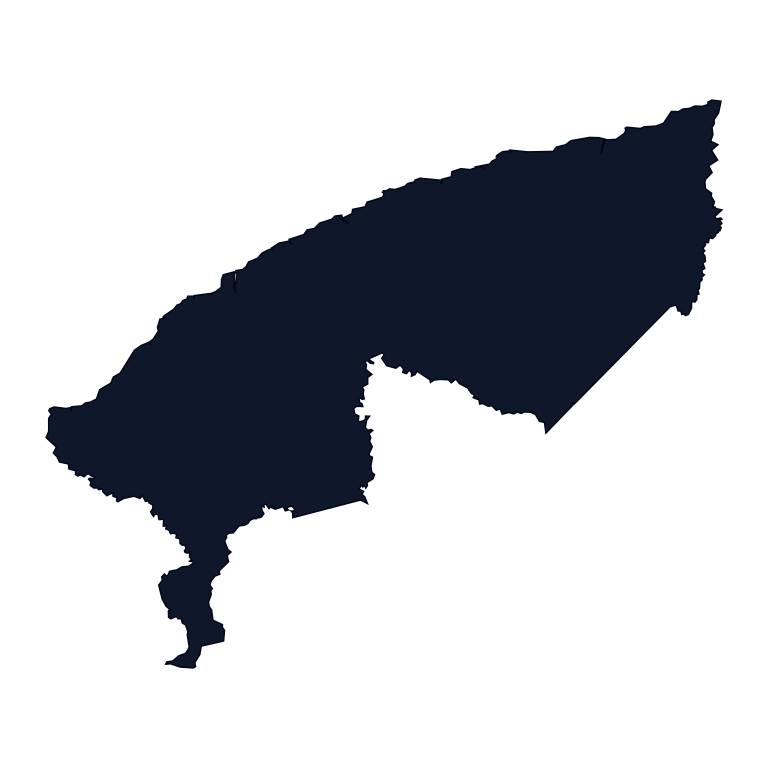 Donoso, Colón, Panama (Mercator projection)
{"feature_id": "35544464B61389009226289", "entity_name": "Donoso", "entity_type": "district", "adm_level": 2, "iso_a3": "PAN", "parent_name": "Panama", "parent_adm1": "Colón", "projection": "mercator", "projection_center": [-80.539, 8.91], "detail": "fine", "context": "isolated", "style": "filled", "palette": "ink", "viewbox_px": 768, "rotation_deg": 0, "n_neighbors": 0, "source": "geoboundaries", "source_scale": "gbopen_adm2", "svg_char_len": 6092}
<svg xmlns="http://www.w3.org/2000/svg" viewBox="0 0 768 768"><path d="M491.9,405.7L496.2,410.2L500.2,409.1L502.2,414.1L508.9,412.5L513.9,413.9L517.0,412.1L521.4,413.4L524.2,411.9L530.7,412.3L535.5,414.5L539.4,421.2L544.5,422.5L545.9,433.1L573.0,405.0L573.0,403.1L574.3,404.0L670.1,306.7L676.1,305.0L678.2,311.0L680.8,310.9L681.8,314.4L683.8,314.1L685.6,315.6L688.5,314.3L691.5,308.2L691.5,302.6L692.4,301.5L694.9,302.1L696.8,299.7L696.9,294.6L698.9,294.0L698.0,289.8L699.4,288.7L699.8,282.2L702.1,279.8L701.7,277.3L704.4,274.7L702.4,273.6L701.9,270.3L704.8,268.3L703.9,266.1L702.5,266.9L703.5,264.9L702.4,263.9L705.5,261.1L704.8,255.8L702.6,252.8L704.8,251.0L703.0,248.2L705.6,244.7L704.6,242.9L708.4,242.5L709.3,237.9L712.8,238.5L715.7,235.5L715.7,233.8L718.2,232.5L717.9,231.0L719.8,230.9L721.2,227.6L719.5,225.9L721.8,223.4L719.6,220.1L721.9,219.2L720.8,218.0L716.6,218.8L714.6,216.6L721.9,209.9L716.0,208.6L715.0,206.9L712.6,207.2L714.5,201.9L711.1,196.1L711.6,193.2L705.5,188.8L704.9,182.3L705.3,179.6L712.1,172.5L708.7,165.8L717.6,160.0L711.5,150.2L717.9,144.7L710.7,141.3L712.9,134.4L712.0,127.4L714.3,123.7L714.0,119.9L718.5,113.1L721.0,101.2L711.9,100.1L708.0,102.1L707.9,104.6L702.0,106.4L695.0,106.0L689.5,108.4L683.0,109.0L678.5,111.6L671.4,111.5L663.6,123.2L655.9,126.1L644.1,126.8L640.4,128.5L626.8,127.2L625.1,128.2L625.8,130.6L624.1,133.6L616.0,139.4L604.9,139.9L601.2,153.8L603.2,140.9L604.5,139.5L605.9,139.4L599.0,137.7L589.7,137.4L571.0,140.7L565.5,144.8L556.4,147.1L553.2,151.4L527.5,151.9L510.1,150.1L510.8,151.3L510.2,153.0L510.3,150.8L502.4,151.8L498.3,154.3L496.3,156.1L496.7,158.8L492.2,161.0L489.6,164.1L474.5,167.1L477.7,166.7L482.3,167.2L485.0,169.0L484.3,170.7L484.6,169.0L482.1,167.4L477.5,167.1L470.2,169.6L460.9,168.7L452.0,171.6L451.2,176.8L441.6,179.4L442.4,182.2L440.3,183.6L442.0,182.3L441.5,180.3L419.9,178.2L415.1,180.1L414.1,182.0L407.7,183.5L404.9,186.3L395.0,189.5L389.6,188.9L386.0,190.9L383.6,190.7L382.5,192.4L383.5,192.7L383.7,195.5L382.1,197.5L367.1,202.1L365.1,206.8L352.6,209.4L351.9,213.7L343.4,217.8L344.2,220.3L348.0,222.1L347.8,223.4L343.2,220.9L341.7,215.2L334.9,216.1L331.9,219.2L319.6,223.1L314.6,228.4L307.1,229.9L303.7,234.6L289.1,239.4L289.9,242.6L293.4,243.8L290.3,243.4L288.9,241.1L279.1,243.1L271.3,248.2L272.7,249.8L269.5,249.4L262.1,253.0L257.8,258.1L248.6,262.0L246.7,265.5L247.4,267.1L246.5,266.2L242.6,269.5L235.9,270.6L237.0,274.6L234.6,288.0L235.9,292.8L233.7,288.0L234.7,273.8L235.9,272.1L234.1,271.9L223.2,274.8L221.5,279.8L221.3,287.2L215.4,291.8L210.9,293.5L211.0,295.7L210.4,293.5L194.1,295.6L193.8,299.2L193.5,296.2L187.8,296.2L186.8,299.0L182.9,300.5L180.6,303.7L176.9,305.2L173.9,309.1L163.6,316.2L163.1,317.4L164.7,318.5L160.0,319.0L157.5,327.2L158.4,331.0L153.5,338.7L150.0,341.7L150.7,344.8L149.3,342.1L141.0,345.6L134.4,350.3L120.1,373.2L113.4,377.0L110.9,383.1L99.7,389.7L96.5,399.0L90.3,402.2L85.5,402.9L81.9,405.8L71.6,406.8L71.9,408.3L70.7,411.0L71.4,407.5L66.0,408.5L54.1,407.0L49.8,408.7L48.8,410.7L51.3,414.2L48.7,418.3L48.7,431.4L46.1,437.6L56.4,447.1L53.3,453.0L56.9,456.5L59.5,462.0L68.5,464.0L68.9,468.9L75.7,470.8L75.4,474.3L77.7,476.0L80.6,474.9L84.1,476.8L87.0,474.1L89.7,473.9L90.4,475.4L94.8,477.4L94.2,478.7L89.4,478.3L88.6,479.3L90.9,481.8L90.2,485.4L94.0,488.1L96.8,487.9L99.0,489.7L102.3,488.8L102.8,491.6L106.8,495.7L113.1,492.7L112.9,496.1L117.0,497.8L116.6,500.9L117.8,501.7L123.8,498.4L134.0,496.2L140.0,498.4L142.5,495.7L145.4,501.3L149.0,501.1L148.8,502.8L152.8,505.0L152.9,508.7L150.6,511.7L153.4,516.4L155.3,514.1L157.9,514.2L159.1,519.6L163.6,519.2L163.3,526.2L166.6,525.7L165.7,528.8L169.1,530.3L170.5,533.7L174.6,533.2L176.6,534.8L175.9,537.7L179.8,538.8L180.1,543.5L182.3,545.3L184.8,545.0L186.1,548.5L184.4,550.9L185.1,552.4L187.7,553.2L189.9,551.7L189.5,556.9L191.5,559.1L189.6,561.3L192.8,561.5L193.4,562.9L189.0,566.2L181.8,567.0L176.8,569.9L169.7,571.3L167.8,575.5L166.1,575.8L164.4,574.0L161.7,576.9L162.4,580.3L158.7,585.0L162.3,599.3L166.0,606.1L169.8,609.4L168.4,611.1L168.6,617.3L170.7,618.8L176.5,616.4L178.0,618.8L181.1,618.6L182.4,623.2L185.6,624.8L188.0,632.3L187.3,634.8L189.2,646.9L187.9,650.1L185.3,653.5L178.6,655.9L172.9,660.9L166.7,662.0L165.7,664.2L170.5,663.8L180.1,667.0L193.2,667.9L195.5,666.7L194.9,662.4L199.8,654.5L201.2,646.1L223.6,641.0L224.5,630.4L222.3,627.2L222.4,624.6L212.9,620.2L211.6,610.0L209.2,606.6L208.5,602.0L211.2,594.5L210.7,590.4L212.4,588.6L209.8,585.2L211.3,580.7L215.1,576.0L219.8,574.2L219.2,571.5L220.2,569.8L228.5,561.8L227.2,555.5L231.0,552.0L227.9,549.7L224.5,540.9L226.5,537.9L226.3,535.1L229.1,533.1L233.3,532.9L238.9,526.0L244.7,525.1L248.1,523.2L249.6,520.6L253.2,518.7L256.7,518.6L258.2,516.6L259.0,517.9L261.5,516.9L263.9,513.7L262.0,510.2L261.5,505.8L264.1,507.1L263.8,504.1L266.1,504.4L269.0,508.6L271.9,505.9L271.8,507.6L275.3,509.2L283.1,506.6L285.3,510.8L288.5,510.0L286.5,508.8L288.4,506.9L292.2,506.2L294.8,509.6L293.8,511.0L291.1,511.0L292.8,513.2L292.7,517.7L360.6,500.0L367.4,503.5L364.7,496.7L361.8,494.3L363.6,491.5L359.0,488.8L361.5,485.2L362.8,487.0L364.5,485.4L365.8,488.0L367.4,485.6L366.9,482.5L372.9,478.9L374.6,474.6L371.8,472.4L370.9,465.9L372.4,457.2L369.8,456.0L369.0,453.9L372.3,446.8L369.6,441.3L370.8,437.5L369.0,433.8L372.7,430.5L371.0,429.4L368.0,430.3L365.3,427.7L366.7,420.1L369.5,416.2L365.5,416.1L365.5,418.9L364.0,420.5L359.3,421.9L358.3,420.8L358.8,415.9L354.9,414.2L353.6,408.8L356.5,406.3L362.8,406.5L361.9,403.7L359.8,402.5L358.9,398.9L360.4,398.0L362.0,399.4L364.3,398.8L363.1,393.9L363.8,389.9L362.0,387.1L367.7,384.0L367.7,377.4L371.9,374.4L365.8,369.3L366.5,364.9L365.2,362.1L366.5,360.1L370.6,363.3L373.5,363.6L373.6,362.5L369.5,360.0L369.6,358.4L382.6,352.7L384.1,354.7L381.7,358.4L386.8,365.7L395.8,368.2L400.1,365.0L403.6,369.0L402.7,372.4L406.4,373.6L409.2,370.2L411.6,372.7L411.5,376.2L415.2,374.5L416.9,371.2L429.9,379.7L430.5,382.4L434.2,380.0L440.8,379.4L448.4,379.8L451.2,382.8L455.9,379.0L459.5,383.7L467.6,387.9L471.4,393.4L474.6,394.9L473.2,397.6L479.0,399.9L479.6,404.0L482.9,403.6L488.3,406.3L491.9,405.7Z" fill="#0f172a" stroke="#020617" stroke-width="1.5"/></svg>